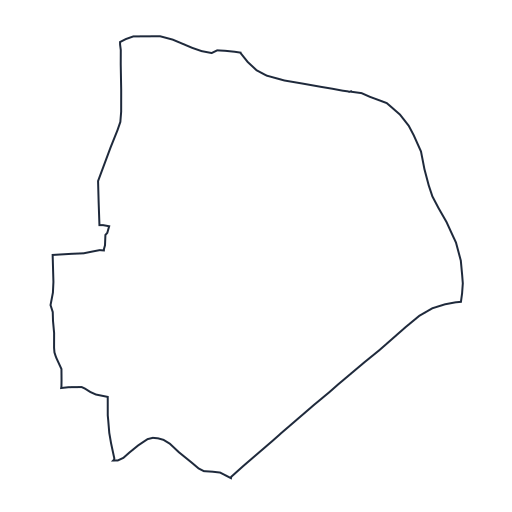 Ajeromi/Ifelodun, Lagos, Nigeria, rotated 179°
{"feature_id": "59680162B51331479839153", "entity_name": "Ajeromi/Ifelodun", "entity_type": "district", "adm_level": 2, "iso_a3": "NGA", "parent_name": "Nigeria", "parent_adm1": "Lagos", "projection": "natural_earth1", "projection_center": [3.339, 6.456], "detail": "fine", "context": "isolated", "style": "outline", "palette": "slate", "viewbox_px": 512, "rotation_deg": 179, "n_neighbors": 0, "source": "geoboundaries", "source_scale": "gbopen_adm2", "svg_char_len": 1731}
<svg xmlns="http://www.w3.org/2000/svg" viewBox="0 0 512 512"><g transform="rotate(179 256 256)"><path d="M284.9,34.3L284.6,35.7L278.8,40.7L272.1,46.5L242.8,70.8L236.0,76.6L234.1,78.3L200.4,106.3L185.0,118.6L176.1,126.2L149.4,147.9L134.3,159.7L107.4,182.5L93.7,193.4L80.5,200.7L67.9,204.4L57.3,206.2L51.9,206.6L51.7,207.9L50.6,215.0L49.7,225.0L50.2,233.2L51.3,247.8L55.8,265.9L57.7,270.2L57.9,270.6L60.8,277.2L64.9,286.6L72.6,300.6L78.6,312.5L82.1,323.7L86.1,340.0L88.3,352.5L88.4,353.0L89.2,357.6L96.2,374.0L101.0,383.5L109.6,394.9L122.6,406.6L139.2,413.1L147.6,417.0L158.1,418.6L158.2,419.0L159.9,418.5L161.3,419.0L166.6,419.8L176.7,421.9L187.6,423.9L206.5,427.6L224.6,431.0L242.0,436.1L244.1,437.2L252.2,441.7L260.9,450.1L267.9,459.2L267.9,459.6L273.9,460.6L283.1,461.7L291.2,462.3L296.8,459.7L306.8,461.8L316.1,465.2L335.5,473.8L348.1,477.4L374.8,477.7L382.3,475.2L388.2,472.3L388.2,469.7L387.6,464.3L387.9,450.2L387.9,424.3L388.3,402.6L389.3,392.4L392.3,384.2L399.5,367.1L412.6,333.7L412.4,313.1L412.0,289.6L408.2,289.5L402.3,288.3L404.3,281.7L406.2,279.7L406.8,269.3L407.9,265.6L408.0,264.2L412.2,264.6L419.1,263.4L428.3,261.7L440.5,261.4L459.3,260.6L459.0,233.6L459.7,222.9L462.3,210.5L460.2,203.5L460.1,194.7L459.2,182.5L459.5,167.7L459.2,163.1L458.2,159.8L457.3,157.3L452.5,146.4L452.6,135.4L452.8,129.2L453.1,127.4L445.6,128.1L432.6,128.0L429.5,126.5L424.0,122.9L418.5,120.3L406.7,117.7L407.0,99.2L406.6,94.0L405.8,81.7L404.2,71.4L401.8,59.1L401.2,56.2L401.5,54.8L402.3,54.0L397.7,54.0L392.1,56.5L385.9,61.8L377.1,68.7L370.9,72.7L367.6,74.8L362.3,76.0L357.1,75.4L351.7,73.8L345.4,69.8L336.6,61.2L324.2,50.8L317.1,44.6L311.9,41.8L303.3,41.1L295.7,40.1L284.9,34.3Z" fill="none" stroke="#1e293b" stroke-width="2"/></g></svg>